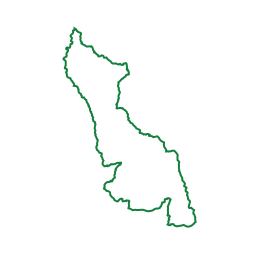 outline of Don Matías, Antioquia, Colombia, rotated 262°
{"feature_id": "7082276B48814942020129", "entity_name": "Don Matías", "entity_type": "district", "adm_level": 2, "iso_a3": "COL", "parent_name": "Colombia", "parent_adm1": "Antioquia", "projection": "mercator", "projection_center": [-75.341, 6.502], "detail": "fine", "context": "isolated", "style": "outline", "palette": "green", "viewbox_px": 256, "rotation_deg": 262, "n_neighbors": 0, "source": "geoboundaries", "source_scale": "gbopen_adm2", "svg_char_len": 5771}
<svg xmlns="http://www.w3.org/2000/svg" viewBox="0 0 256 256"><g transform="rotate(262 128 128)"><path d="M234.1,88.9L233.0,88.8L232.4,88.5L232.4,87.6L232.0,87.1L230.3,87.0L229.4,86.5L228.1,84.6L227.5,84.0L226.2,84.2L225.3,84.9L224.6,84.9L222.0,83.6L221.0,84.9L219.9,84.8L219.2,84.2L219.1,82.9L218.4,82.5L216.6,82.1L215.7,81.5L215.6,80.7L216.2,79.0L216.1,78.4L215.7,78.0L215.4,77.9L214.6,77.9L213.8,79.4L213.4,79.5L212.8,79.4L210.3,77.4L209.1,77.2L208.0,77.4L207.5,77.1L207.0,76.4L206.6,74.8L205.6,73.8L204.9,73.8L203.6,75.2L202.3,75.6L198.9,75.1L197.6,74.4L195.9,73.8L195.3,74.7L195.2,75.2L194.7,75.6L193.1,75.5L192.2,75.1L191.9,74.4L189.5,75.0L187.9,74.7L186.5,75.5L185.3,77.9L183.9,78.1L182.0,79.4L181.1,79.5L180.3,80.2L179.8,80.3L179.0,80.8L178.6,80.8L177.3,80.2L176.6,82.9L175.9,83.2L175.3,83.8L173.7,84.1L173.0,84.5L171.8,84.1L170.3,84.3L169.4,84.7L168.3,86.1L167.0,86.2L166.4,86.7L165.0,86.5L164.2,87.8L164.4,88.6L162.4,89.5L161.7,90.5L159.3,90.8L157.8,91.6L156.7,91.9L155.9,91.8L155.5,91.9L155.5,92.4L155.1,92.5L154.0,92.4L152.5,93.2L151.3,92.8L150.4,92.9L149.9,93.3L149.2,93.3L148.9,93.8L147.8,93.7L146.6,94.3L145.8,94.3L145.2,94.0L143.4,95.0L141.8,94.3L140.5,94.7L139.8,94.6L138.2,96.2L137.4,95.9L136.5,96.3L135.9,96.3L134.9,95.7L132.5,95.0L131.6,95.0L129.9,95.4L128.5,94.7L127.2,94.6L126.4,95.1L125.0,94.6L124.0,95.2L122.8,95.3L122.1,95.7L121.5,95.6L120.2,96.4L116.9,95.2L115.3,95.1L114.8,94.9L114.4,94.2L112.5,93.8L111.8,94.1L110.4,94.4L109.2,95.6L108.6,95.6L107.5,96.2L107.4,96.8L106.5,98.4L105.0,98.2L104.4,97.6L103.8,97.6L102.1,98.4L101.0,98.4L99.0,99.2L97.4,98.1L96.0,97.8L95.2,98.0L93.4,99.3L93.4,100.8L93.8,101.9L93.7,102.1L93.1,102.2L93.0,102.6L93.6,103.0L93.3,103.8L93.3,104.2L94.0,105.3L94.2,105.9L94.6,106.3L94.1,107.2L94.3,107.7L94.0,109.7L95.0,112.6L94.9,113.4L94.2,114.3L94.8,115.4L94.6,116.2L93.3,115.8L92.7,115.2L91.9,112.9L89.2,110.1L88.6,109.9L88.4,110.2L88.1,110.2L86.4,109.0L84.8,108.9L83.3,107.9L80.7,108.1L79.4,106.0L78.6,105.7L77.4,104.7L77.4,104.2L78.2,103.9L78.2,103.5L77.2,102.4L77.1,101.9L77.3,100.2L77.1,99.3L75.8,97.5L74.8,96.7L73.0,96.8L72.1,96.0L71.0,95.9L70.6,96.8L68.8,97.9L68.1,99.8L67.6,100.5L66.8,101.1L66.2,101.2L63.8,101.2L62.9,101.9L62.0,102.3L60.5,103.9L58.5,104.6L57.0,106.6L56.8,107.2L56.9,108.0L58.0,109.1L58.2,109.7L58.8,110.2L58.9,111.3L58.8,112.1L58.4,112.6L57.3,112.3L56.6,112.6L56.2,112.6L56.0,112.8L56.1,113.5L56.0,114.3L56.2,115.3L55.9,115.9L56.3,116.0L56.5,116.5L55.9,118.8L55.2,119.1L54.6,118.7L52.7,118.2L50.5,118.3L49.8,117.7L48.4,117.3L47.7,119.1L46.0,121.1L46.0,124.0L45.5,125.2L45.0,131.3L42.9,135.8L42.7,136.9L42.8,140.1L43.1,141.2L44.1,143.3L44.3,144.4L44.1,146.6L44.3,148.2L45.5,149.1L45.9,149.9L47.2,150.4L48.0,151.0L49.1,151.2L49.5,151.5L49.3,152.2L49.6,152.9L49.5,153.8L50.3,154.3L51.5,154.3L52.3,154.7L52.3,155.5L52.6,156.0L52.2,156.7L52.7,157.1L53.0,157.9L52.4,159.3L51.9,159.4L51.5,160.1L51.0,160.2L49.7,159.1L48.4,158.7L44.6,156.5L42.7,156.5L40.9,156.0L39.4,156.0L37.7,155.7L36.1,155.0L35.8,155.2L36.1,155.6L36.0,156.1L35.4,156.8L34.4,157.1L33.1,155.8L32.3,155.8L31.5,156.1L30.5,155.1L29.8,154.9L28.8,155.1L27.9,154.7L26.9,153.8L26.1,155.0L25.9,156.2L26.0,156.8L26.7,157.2L26.7,158.6L26.2,159.9L25.5,160.1L24.8,160.6L23.8,162.8L24.0,168.3L24.3,169.5L22.5,172.2L22.0,173.4L21.9,175.0L22.4,177.2L24.3,180.3L24.9,180.6L25.5,181.9L28.1,181.8L30.3,182.2L31.0,181.9L33.2,181.6L34.0,180.8L35.4,181.0L37.6,182.0L38.9,180.4L40.2,179.6L40.1,178.0L40.7,177.2L42.1,177.3L44.5,178.4L46.8,179.2L48.9,177.7L52.1,177.6L53.2,177.1L53.7,177.1L55.0,177.9L55.7,178.0L56.3,177.7L57.0,176.6L57.5,176.3L58.2,176.6L59.2,176.5L60.2,177.4L60.8,177.6L62.7,175.5L64.7,176.6L65.2,176.6L67.1,175.6L68.6,174.5L69.3,174.5L70.1,174.8L71.4,174.6L73.8,173.7L77.5,173.1L78.4,172.5L79.6,173.0L81.5,172.8L83.1,173.2L85.3,173.3L87.0,174.0L87.8,173.8L88.9,172.8L89.6,172.6L92.8,173.0L94.1,173.4L95.5,173.0L98.3,171.3L99.2,170.1L99.4,168.5L98.9,167.1L99.2,165.7L99.0,164.7L99.5,164.0L99.4,162.5L101.2,162.7L102.6,162.2L104.0,161.3L107.1,161.2L108.0,161.6L108.8,161.6L109.7,160.1L111.2,158.5L113.0,157.5L113.9,157.3L115.5,156.1L115.7,155.7L115.4,151.7L116.3,151.0L116.6,150.4L117.3,147.8L117.8,147.8L118.4,148.4L119.3,147.0L119.4,145.9L118.9,144.9L119.5,143.8L119.3,142.7L120.6,141.4L121.5,138.9L121.9,138.8L123.4,139.6L124.3,139.5L126.6,136.1L128.1,135.5L128.7,134.8L130.5,133.5L131.8,133.0L132.9,131.1L134.1,130.9L136.0,129.4L136.6,129.4L137.4,130.2L139.0,129.3L140.5,129.7L141.9,129.8L142.8,129.1L143.8,129.0L144.4,128.8L146.2,127.4L147.2,126.1L148.2,125.5L148.6,125.1L148.4,124.2L148.8,123.6L149.0,122.8L148.9,120.0L149.1,119.5L151.2,120.1L152.0,119.9L152.6,120.2L152.9,120.0L153.0,120.4L153.8,120.4L154.1,120.8L156.5,122.2L157.7,122.2L158.7,123.2L160.2,122.9L161.2,123.1L164.3,124.9L167.5,124.2L168.7,124.5L170.6,124.0L171.6,124.1L172.9,124.8L174.6,124.8L175.1,125.9L177.5,128.9L177.6,129.7L178.5,130.7L179.3,132.6L179.7,133.0L180.4,133.2L180.7,133.5L180.8,134.4L181.1,134.9L180.8,135.8L181.1,136.4L184.0,136.5L184.6,135.9L185.5,135.9L185.6,135.2L186.1,135.0L186.6,135.3L187.2,135.2L187.5,135.5L191.3,135.5L192.1,135.4L192.6,134.9L192.3,133.7L192.5,132.8L192.3,132.4L191.3,132.1L191.2,131.5L191.6,130.0L192.6,129.2L192.6,128.7L192.2,128.3L192.2,127.8L192.8,126.2L193.3,125.6L193.7,124.6L193.8,122.3L194.5,121.2L196.3,120.1L198.9,117.4L200.8,116.5L200.8,114.8L201.1,114.0L202.9,113.6L203.6,112.1L202.9,110.4L203.0,108.7L204.5,108.4L205.2,107.4L206.8,106.2L207.6,104.9L208.5,105.4L209.5,104.5L212.6,104.0L214.0,103.2L214.1,102.9L213.8,102.2L214.2,101.5L214.4,98.4L216.0,96.6L217.0,95.1L218.2,93.6L218.5,93.6L218.7,94.1L219.1,94.3L220.4,93.5L221.0,93.3L222.4,93.2L224.0,93.7L225.1,93.4L227.5,94.5L228.3,94.6L228.8,94.3L230.0,92.0L230.8,91.5L231.3,90.8L232.7,90.5L234.1,88.9Z" fill="none" stroke="#15803d" stroke-width="2"/></g></svg>